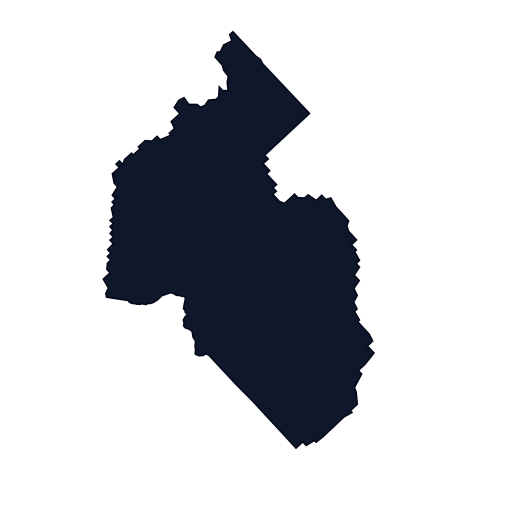 outline of Plumas, California, United States of America, rotated 47°
{"feature_id": "52423323B49571098968478", "entity_name": "Plumas", "entity_type": "district", "adm_level": 2, "iso_a3": "USA", "parent_name": "United States of America", "parent_adm1": "California", "projection": "natural_earth1", "projection_center": [-120.915, 40.023], "detail": "fine", "context": "isolated", "style": "filled", "palette": "ink", "viewbox_px": 512, "rotation_deg": 47, "n_neighbors": 0, "source": "geoboundaries", "source_scale": "gbopen_adm2", "svg_char_len": 2772}
<svg xmlns="http://www.w3.org/2000/svg" viewBox="0 0 512 512"><g transform="rotate(47 256 256)"><path d="M91.6,214.5L100.0,214.6L99.8,226.3L107.1,228.5L107.1,235.8L109.6,235.8L105.6,246.8L101.0,246.7L101.0,253.7L96.0,258.4L95.9,267.5L98.4,267.6L98.4,276.9L95.9,276.9L95.7,286.3L98.2,290.9L93.3,291.0L93.3,295.7L98.1,295.6L97.9,305.0L106.1,310.1L110.9,310.1L113.6,319.7L118.4,319.7L118.4,324.5L121.9,324.5L122.3,329.1L130.6,334.0L130.3,338.5L134.9,338.1L134.9,342.8L139.4,342.9L140.0,347.4L144.8,347.3L144.8,352.0L149.6,352.0L150.2,360.2L154.9,360.3L154.9,365.0L159.8,364.9L159.9,369.6L164.0,374.2L168.8,374.2L168.7,383.5L178.8,385.8L181.0,391.5L184.2,393.4L201.5,379.8L201.9,379.8L203.1,380.2L204.1,379.8L205.0,379.6L206.1,378.9L207.3,378.2L208.0,377.1L209.0,376.7L209.9,376.3L210.4,375.3L211.6,374.5L212.6,373.3L213.2,371.6L214.7,371.0L215.3,370.3L216.4,369.7L216.9,368.7L216.5,368.3L216.7,367.6L217.3,367.0L218.6,365.9L219.0,364.8L219.5,364.0L219.7,363.3L219.6,362.9L219.8,362.6L220.0,362.7L220.2,362.2L220.1,361.8L220.4,360.9L220.2,360.0L220.9,359.1L220.9,351.9L224.6,343.5L227.6,341.8L230.4,341.1L232.8,338.9L235.8,337.1L236.5,335.9L238.4,336.3L239.7,337.6L242.3,341.4L244.1,343.6L245.1,345.0L247.6,345.1L248.4,345.9L249.8,346.3L250.6,345.9L252.0,346.2L252.1,347.1L252.0,348.9L253.2,352.9L255.8,354.2L257.6,356.5L259.6,356.9L261.5,356.2L263.1,355.1L267.2,354.1L269.0,355.1L271.1,356.5L272.8,357.6L276.3,358.0L278.1,359.4L279.7,361.3L281.4,363.0L283.4,364.1L284.9,366.0L285.9,367.1L287.1,367.2L288.0,366.5L289.9,365.9L292.4,362.9L293.0,361.4L293.0,359.8L296.1,358.2L300.4,358.2L310.4,358.2L319.6,358.2L324.9,358.2L337.5,358.2L357.6,357.5L369.5,357.5L379.0,357.6L394.0,357.6L409.1,357.7L423.8,357.8L423.9,348.5L428.8,348.6L430.8,339.1L433.2,339.1L433.9,329.9L433.7,301.8L435.9,292.4L433.5,292.4L433.5,283.0L424.1,275.7L419.3,273.6L414.4,259.2L409.6,259.2L409.5,249.7L407.4,235.8L397.8,235.9L397.8,228.7L390.5,226.5L373.5,226.4L373.4,224.0L363.7,221.8L363.7,218.2L356.3,216.0L354.0,208.9L346.5,206.5L344.4,197.2L337.0,197.2L334.7,187.8L329.9,187.9L329.8,183.3L320.1,180.9L320.1,178.5L312.9,178.5L312.8,171.5L301.0,171.4L295.9,169.0L293.5,164.3L274.4,164.1L264.6,161.7L262.2,166.3L256.3,166.5L256.5,174.0L246.8,176.2L246.7,180.9L241.8,185.6L237.0,185.6L237.0,199.2L232.1,201.6L222.4,201.6L222.5,197.0L217.6,196.9L217.9,192.3L203.1,192.3L203.0,187.8L193.3,187.8L193.4,180.8L188.2,180.9L188.3,119.6L119.8,120.0L115.0,118.6L110.0,119.8L76.2,119.9L76.1,124.3L82.2,126.9L79.6,135.7L82.3,142.8L80.4,145.3L82.6,150.2L93.7,150.6L98.1,153.0L105.9,153.8L109.2,158.5L116.0,163.7L112.3,167.6L107.2,167.5L114.0,174.6L114.3,178.3L109.6,184.4L111.0,190.8L109.3,195.1L105.0,195.7L99.2,201.8L91.1,200.6L89.5,206.2L91.6,214.5Z" fill="#0f172a" stroke="#020617" stroke-width="1.5"/></g></svg>